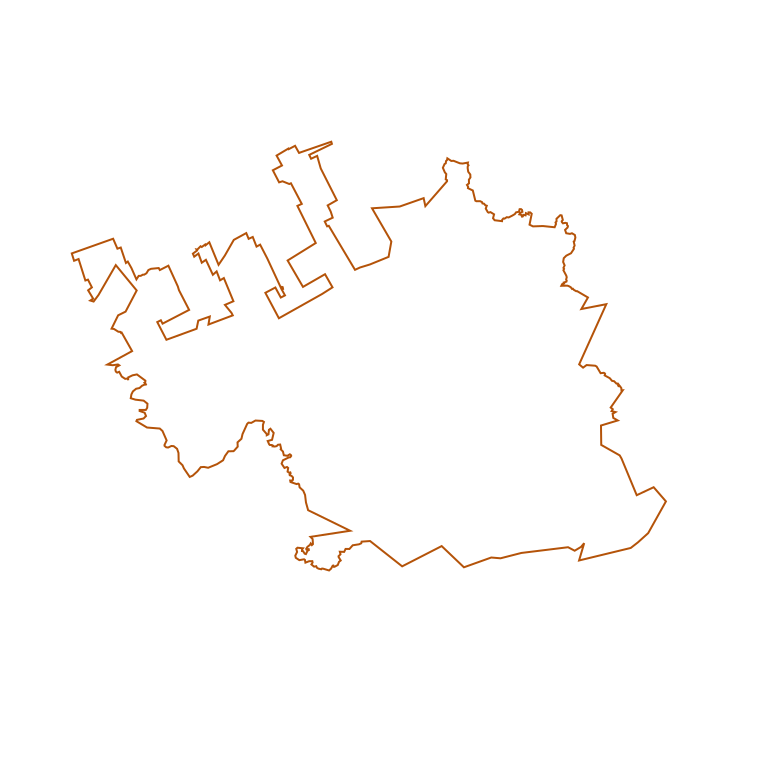 outline of San Juan Mazatlán, Oaxaca, Mexico, rotated 243°
{"feature_id": "50627088B70858037213369", "entity_name": "San Juan Mazatlán", "entity_type": "district", "adm_level": 2, "iso_a3": "MEX", "parent_name": "Mexico", "parent_adm1": "Oaxaca", "projection": "robinson", "projection_center": [-95.346, 17.147], "detail": "fine", "context": "isolated", "style": "outline", "palette": "amber", "viewbox_px": 768, "rotation_deg": 243, "n_neighbors": 0, "source": "geoboundaries", "source_scale": "gbopen_adm2", "svg_char_len": 6166}
<svg xmlns="http://www.w3.org/2000/svg" viewBox="0 0 768 768"><g transform="rotate(243 384 384)"><path d="M544.7,554.2L546.2,551.8L551.3,547.3L552.2,545.2L556.3,542.9L554.9,541.8L554.5,540.5L552.6,539.2L552.5,537.8L549.9,534.6L545.0,534.3L542.8,534.8L538.3,531.9L537.0,532.7L536.0,532.2L523.7,501.6L531.6,503.7L535.0,478.6L546.0,453.1L507.6,455.2L495.2,445.8L496.9,425.7L498.7,415.5L498.9,410.0L550.0,406.6L550.3,404.9L555.7,405.0L555.5,413.8L561.8,414.8L568.7,414.9L569.2,425.4L604.8,425.5L617.6,428.0L617.8,421.3L622.1,421.4L621.6,446.6L623.8,447.0L628.5,413.2L636.6,412.9L636.5,405.7L637.2,405.7L636.3,392.0L625.0,392.3L624.9,382.0L611.3,382.1L610.7,385.6L605.2,390.4L605.1,392.2L581.8,392.5L582.0,387.7L540.6,387.2L537.8,354.2L507.3,355.9L508.6,381.3L493.5,382.0L492.3,369.6L490.3,320.2L519.1,319.7L519.3,331.0L507.9,331.3L507.9,336.0L514.7,335.8L514.5,337.2L516.3,337.7L516.8,337.2L515.9,335.8L548.8,337.0L564.4,336.9L564.3,332.8L574.6,333.8L574.8,329.3L581.0,329.8L580.6,315.6L570.7,300.5L565.3,290.7L589.6,292.7L588.6,287.9L589.5,288.0L588.8,283.8L590.0,283.1L588.5,278.6L589.0,278.0L587.8,278.0L586.9,272.9L583.6,272.7L584.5,277.9L574.8,276.7L575.5,281.7L559.0,281.1L560.3,286.0L550.8,285.0L551.1,289.4L526.1,287.4L526.7,278.2L516.7,280.4L513.8,280.4L516.7,254.6L523.2,259.4L524.8,247.3L518.3,242.1L522.2,210.2L542.1,210.1L542.1,214.1L538.3,214.1L538.5,244.0L560.7,243.9L564.5,244.6L587.3,245.6L587.3,236.0L589.6,235.9L592.4,228.7L592.5,225.8L590.5,222.6L590.3,220.0L590.9,218.8L590.8,216.4L591.7,214.5L589.6,210.9L601.9,211.6L609.4,211.3L609.0,209.0L625.1,211.4L625.6,207.9L636.4,208.6L642.1,165.1L634.5,163.8L634.0,168.6L611.8,164.9L611.4,167.6L602.7,167.6L601.8,162.9L592.1,163.6L591.7,160.2L589.3,162.7L592.9,170.0L611.7,199.0L579.6,206.1L565.8,186.6L565.9,178.3L557.0,166.4L555.6,168.4L551.2,171.0L550.1,172.8L548.9,172.9L548.9,173.6L527.7,174.5L526.9,146.3L523.9,150.8L522.2,155.8L520.8,156.6L520.7,152.9L518.6,151.1L516.8,150.7L515.3,151.4L515.1,153.6L509.7,153.7L506.1,155.7L505.3,158.1L503.6,157.8L506.0,159.1L505.9,163.9L504.7,168.2L495.3,172.9L494.1,172.2L493.9,171.1L491.0,172.0L492.1,171.0L492.3,167.7L491.4,164.3L492.3,161.0L491.4,156.9L489.4,154.2L486.3,151.9L482.9,155.4L478.3,162.3L473.8,164.3L470.3,162.2L469.0,160.0L471.8,154.5L470.9,154.0L467.1,157.7L463.5,157.4L462.4,154.1L464.2,147.6L463.3,146.5L452.8,153.1L446.1,164.0L442.7,165.3L432.4,164.7L429.3,160.7L428.5,160.4L426.5,161.2L425.4,162.8L425.3,166.4L424.1,168.4L420.2,170.2L415.9,169.6L408.2,165.9L403.1,167.6L399.6,167.4L389.4,168.7L389.2,171.9L390.9,178.1L393.1,183.0L391.8,186.0L389.2,189.3L388.4,198.8L389.1,206.0L392.1,209.7L394.7,214.8L392.5,219.3L392.6,220.1L394.6,225.2L398.5,227.0L399.9,232.1L403.6,235.2L410.6,244.0L411.1,245.7L409.6,248.1L409.8,252.9L406.3,258.9L404.7,259.8L402.6,257.6L398.3,255.4L392.6,256.8L391.6,256.3L391.6,258.2L395.4,260.7L395.7,262.5L390.5,263.5L385.1,258.9L386.0,254.5L382.5,254.3L381.6,254.5L380.5,256.4L379.5,257.1L379.0,256.5L377.9,258.2L377.4,260.1L378.0,262.0L377.2,264.0L373.2,263.0L372.8,262.3L369.7,263.3L366.0,262.4L363.9,265.3L364.1,268.2L362.9,268.8L362.1,268.7L361.3,267.2L361.8,265.9L361.9,259.3L359.5,256.6L354.4,257.2L354.1,259.9L352.7,260.5L349.7,258.3L348.1,259.1L347.8,260.4L346.9,260.3L346.1,258.7L345.5,258.6L344.1,259.9L342.1,260.5L340.0,259.4L339.6,258.6L340.6,256.6L339.1,256.2L334.5,260.7L334.2,262.3L333.2,262.8L330.2,261.9L325.6,263.6L321.0,263.3L313.9,260.7L306.0,259.1L268.6,287.2L281.2,249.1L278.2,250.0L273.6,248.0L273.2,246.6L275.2,246.3L274.3,245.0L273.6,241.7L272.4,239.8L271.7,239.8L271.1,241.9L270.2,241.7L270.1,240.1L267.9,237.2L268.8,236.3L271.8,236.0L272.4,235.1L273.8,235.9L274.4,237.2L277.4,232.6L277.0,231.0L273.8,230.3L271.3,227.0L269.2,226.5L265.5,228.6L264.1,233.2L263.2,233.7L260.5,232.9L260.1,236.8L258.7,239.7L257.3,239.3L256.2,237.4L253.0,238.8L252.4,240.9L250.8,240.8L249.3,241.7L247.4,244.0L247.7,245.0L247.1,245.9L242.8,250.4L243.5,253.0L245.4,255.8L245.2,256.5L243.8,256.4L243.6,257.0L243.7,260.6L246.0,263.2L246.4,265.3L250.4,265.0L251.2,265.3L252.0,267.9L254.6,268.5L252.5,272.3L254.5,274.9L252.7,278.3L254.5,282.9L252.5,289.0L252.4,291.4L253.7,292.5L250.4,300.3L213.3,317.4L213.4,361.8L184.4,372.0L180.7,400.8L175.8,408.7L171.1,429.7L155.0,473.9L148.9,478.2L149.4,485.6L151.3,490.1L138.2,477.7L125.9,529.4L127.6,538.3L131.2,551.7L151.4,581.9L169.6,577.4L170.2,558.7L209.8,561.8L213.4,561.6L231.1,549.9L248.5,558.5L245.4,575.7L249.7,572.9L253.7,574.2L253.9,577.5L256.5,574.5L257.7,576.4L260.1,575.3L270.0,593.9L270.5,592.7L272.6,593.6L274.8,593.3L275.6,592.0L276.5,592.0L276.5,592.9L278.2,592.6L278.8,591.3L282.0,590.3L283.3,588.6L286.7,587.8L291.5,584.5L292.6,585.6L293.4,585.5L294.2,584.9L295.3,581.9L303.0,581.4L304.4,580.5L308.9,573.1L308.2,568.8L312.9,566.8L354.2,618.3L361.2,593.9L368.5,605.0L379.1,598.2L379.4,597.4L381.7,595.9L383.2,595.5L383.3,594.7L385.5,594.3L387.4,593.0L388.4,592.0L391.0,586.6L392.1,588.1L391.8,590.1L392.8,590.2L392.4,593.0L393.1,593.7L394.4,593.7L396.2,595.3L397.8,595.6L403.9,595.5L404.8,596.7L406.0,596.6L407.7,598.8L411.4,599.0L414.5,601.3L415.6,604.7L415.6,610.0L418.2,614.6L419.4,614.8L420.8,616.7L424.8,617.7L424.9,618.6L427.6,621.0L430.1,621.7L433.0,619.9L433.3,617.9L435.6,614.8L439.1,615.3L440.1,618.6L441.2,619.6L442.5,619.3L444.2,620.0L445.3,618.7L445.9,616.4L447.5,616.0L448.3,616.2L449.0,617.8L453.6,618.8L454.4,617.7L452.9,612.7L450.5,611.5L450.1,610.2L448.5,609.9L446.2,607.2L452.6,597.3L456.8,588.3L459.9,586.0L468.6,592.9L470.5,592.2L471.3,590.8L469.4,589.9L471.8,588.0L470.0,586.7L471.5,584.9L470.3,583.8L470.4,583.0L472.6,583.0L473.7,581.6L474.7,583.1L474.6,585.5L476.4,586.0L477.6,585.5L478.2,584.2L476.2,582.4L477.0,579.6L476.0,577.7L475.8,574.9L475.8,570.7L476.9,569.1L476.6,566.5L477.3,565.6L476.7,563.9L475.5,563.1L479.7,556.9L482.2,556.4L485.2,559.1L488.8,556.9L489.2,555.0L490.0,554.5L494.1,554.3L496.2,556.5L497.3,555.4L499.2,555.0L500.2,553.7L501.6,553.9L503.3,552.6L504.9,549.3L505.9,548.6L516.1,551.0L520.4,547.7L521.6,548.5L523.7,548.3L524.2,550.8L527.5,552.4L528.8,554.8L531.5,556.0L534.9,555.4L538.5,556.6L540.0,557.5L540.5,558.6L542.1,558.4L543.2,559.3L544.7,554.2Z" fill="none" stroke="#b45309" stroke-width="2"/></g></svg>